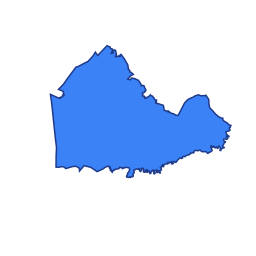 Ayutla de los Libres, Guerrero, Mexico, rotated 137°
{"feature_id": "50627088B87569802470546", "entity_name": "Ayutla de los Libres", "entity_type": "district", "adm_level": 2, "iso_a3": "MEX", "parent_name": "Mexico", "parent_adm1": "Guerrero", "projection": "orthographic", "projection_center": [-99.08, 16.972], "detail": "fine", "context": "isolated", "style": "filled", "palette": "blue", "viewbox_px": 256, "rotation_deg": 137, "n_neighbors": 0, "source": "geoboundaries", "source_scale": "gbopen_adm2", "svg_char_len": 5642}
<svg xmlns="http://www.w3.org/2000/svg" viewBox="0 0 256 256"><g transform="rotate(137 128 128)"><path d="M51.0,59.7L51.8,60.9L52.1,64.4L53.1,67.9L53.1,69.3L52.0,70.4L53.1,72.0L54.0,74.2L54.5,78.5L54.3,83.1L54.5,86.9L52.4,90.4L49.5,93.8L48.7,98.8L49.1,98.8L52.7,101.8L53.8,104.2L57.1,105.8L59.2,106.1L62.9,107.5L65.2,108.0L69.6,107.7L82.7,103.0L84.3,104.8L84.9,107.2L86.3,109.3L87.0,113.0L87.7,112.5L87.7,112.8L88.3,114.3L89.5,116.2L88.4,117.7L86.7,120.5L90.0,126.4L90.5,126.6L90.7,127.4L90.6,127.6L89.9,127.5L89.6,127.7L89.6,127.9L89.9,128.3L89.7,128.5L89.2,128.7L88.5,128.5L88.1,128.8L88.2,129.2L88.5,129.4L89.1,130.9L88.8,131.8L88.4,132.6L88.7,133.6L88.3,134.2L89.1,136.3L89.1,137.0L89.7,136.8L91.2,136.9L96.0,138.1L95.5,138.2L95.2,138.9L94.4,139.3L94.4,140.0L94.8,140.1L95.4,141.7L94.8,142.2L94.2,142.3L94.1,143.2L93.6,143.4L93.5,143.7L92.8,143.6L92.0,143.0L91.4,142.8L91.0,142.9L90.2,143.5L89.9,143.2L89.4,143.2L89.1,143.4L88.6,144.7L88.6,145.3L87.5,148.1L88.0,148.9L88.9,149.7L89.5,149.8L88.5,151.7L87.8,155.9L88.1,156.1L89.1,158.9L89.6,159.3L89.9,160.3L91.1,161.9L91.8,162.0L92.9,161.6L93.6,161.8L94.8,164.0L91.4,164.1L91.0,164.5L87.5,163.6L87.9,167.0L88.6,167.7L88.5,167.9L87.5,169.0L87.4,169.4L87.7,170.9L87.1,171.4L85.1,174.3L83.5,181.2L82.9,186.6L84.2,186.8L84.3,186.2L84.8,185.8L85.1,186.1L85.8,186.2L85.9,186.5L85.9,187.2L86.5,187.2L86.7,187.6L87.1,188.0L88.5,188.4L88.5,188.7L86.0,189.9L85.2,191.7L84.2,193.2L84.6,194.3L84.9,194.6L85.4,194.7L86.0,194.7L86.6,194.4L87.5,193.0L89.2,193.9L87.0,194.9L86.5,195.4L85.6,196.5L85.7,196.8L86.4,197.8L86.3,199.3L85.9,199.4L87.2,202.5L100.6,201.7L100.5,203.2L100.1,205.7L104.8,204.5L112.1,204.0L114.1,204.7L122.3,206.9L124.5,208.0L139.1,205.4L144.9,204.1L152.5,203.6L150.5,199.3L150.6,198.7L151.4,197.7L151.2,197.4L151.3,197.2L151.8,196.7L152.0,196.7L152.2,196.4L153.2,196.6L153.1,196.3L152.5,195.7L152.8,195.4L153.9,195.9L155.2,195.7L155.6,195.9L156.0,195.9L156.0,196.3L156.1,196.5L156.3,196.5L156.6,196.0L157.3,196.0L157.3,196.7L158.0,196.8L158.2,197.3L158.5,197.6L161.8,205.5L167.1,197.9L188.0,170.2L193.6,162.5L200.0,156.2L207.3,148.5L206.3,147.3L204.2,145.7L202.8,145.0L201.4,143.1L201.1,140.7L194.6,137.5L192.0,135.2L191.0,131.8L192.8,129.6L185.8,130.4L182.1,124.7L180.3,117.1L174.1,115.1L171.9,114.9L170.0,114.3L169.2,114.2L168.6,113.6L168.4,113.3L168.6,112.9L168.2,112.7L168.1,112.1L167.6,111.7L168.0,111.3L168.7,111.3L168.9,111.1L168.9,110.7L168.8,110.2L169.1,109.9L168.8,109.5L169.3,109.4L169.0,109.1L169.0,108.7L169.4,108.8L169.6,108.6L169.5,108.4L169.6,108.2L169.4,107.9L169.7,107.2L169.7,106.5L169.1,106.9L168.6,106.8L168.3,107.2L167.1,106.6L166.3,106.9L166.2,106.8L166.3,106.5L165.0,106.3L163.0,104.8L162.4,104.5L162.1,104.7L161.1,104.8L161.2,104.6L160.7,104.6L159.8,103.3L159.3,103.0L159.3,102.6L159.5,102.4L159.4,102.2L159.5,102.1L158.7,101.9L158.5,101.5L158.3,101.6L157.4,101.4L157.2,101.2L156.4,100.5L154.6,98.7L154.6,97.4L155.3,96.4L156.9,95.5L159.2,95.2L160.0,94.2L161.1,94.1L162.3,93.4L162.4,93.0L161.4,91.5L161.0,91.2L160.1,91.1L159.8,90.1L158.8,90.2L158.5,90.0L158.2,89.4L157.1,89.2L156.6,89.6L156.5,90.2L156.1,90.8L155.5,90.9L154.8,90.8L154.2,91.3L153.7,91.3L153.5,91.6L153.1,92.8L152.6,93.2L151.7,92.6L150.2,92.6L149.9,92.5L148.7,90.9L148.0,91.0L147.7,90.7L147.8,90.2L148.2,89.8L148.4,89.4L148.7,88.1L148.6,87.7L148.0,87.7L147.0,88.3L146.8,87.9L146.3,87.9L146.3,88.9L146.0,89.3L145.2,89.1L144.7,88.6L144.5,87.8L144.9,86.7L145.4,86.2L146.6,85.6L146.6,85.3L146.2,84.5L145.2,83.9L144.6,84.7L144.1,84.2L143.7,84.4L143.3,85.0L142.9,85.0L142.6,84.7L142.6,84.4L142.9,83.9L143.3,83.5L144.1,83.3L144.3,82.7L144.0,82.5L143.4,82.3L142.2,82.6L141.9,82.5L142.1,81.6L142.8,80.6L143.0,79.6L142.0,79.4L140.7,80.4L138.8,80.5L138.8,80.1L139.1,79.6L139.1,78.8L140.1,76.9L140.1,76.5L139.3,76.3L139.0,76.5L138.1,79.0L137.9,79.2L137.0,78.3L135.5,77.8L135.6,77.5L136.1,76.9L136.9,76.7L137.2,76.5L137.3,75.9L137.1,75.6L136.4,75.4L136.0,75.4L135.2,76.1L134.6,75.8L134.5,75.3L135.2,74.7L135.6,74.1L135.4,73.2L135.0,73.1L134.8,73.2L134.5,74.2L133.7,74.9L132.2,74.6L131.2,76.0L131.4,76.9L131.2,77.1L129.0,76.4L128.6,75.6L128.2,75.5L127.9,76.2L128.4,76.8L128.6,77.5L127.7,77.6L126.9,76.4L125.4,76.2L123.8,75.6L123.7,75.5L123.9,75.0L123.4,74.6L123.1,74.6L122.4,75.3L121.9,75.6L121.6,74.5L121.2,73.9L119.4,74.1L119.3,73.9L119.9,73.1L120.4,71.7L120.2,71.5L119.3,71.2L119.1,71.2L119.0,72.0L118.7,72.3L117.5,72.5L117.2,72.4L117.3,71.5L117.2,71.2L116.4,70.2L115.9,70.6L114.9,70.3L113.5,70.8L112.2,70.6L111.0,70.8L110.3,70.5L109.8,69.4L109.5,69.1L108.5,68.9L108.1,69.6L107.3,69.8L105.6,68.0L104.2,68.2L103.6,68.1L102.4,67.1L100.9,66.6L100.4,66.6L99.8,67.0L99.4,67.0L98.8,66.3L97.9,65.9L96.8,65.1L96.4,65.2L96.1,65.7L94.9,66.0L94.5,66.0L93.1,64.6L92.6,63.9L91.8,63.3L91.0,63.2L90.3,62.6L90.1,61.9L90.3,61.2L90.3,60.7L88.6,58.7L87.7,58.2L87.1,57.5L87.1,55.4L86.8,54.9L85.4,54.9L84.5,54.4L82.2,54.0L81.3,54.9L81.1,55.9L80.6,57.4L80.0,58.1L79.7,58.3L79.4,58.3L79.1,57.6L79.4,56.8L79.3,56.3L78.7,56.0L78.0,56.2L77.6,56.1L77.6,55.8L78.1,55.0L77.8,54.0L77.5,53.9L76.8,53.8L76.1,53.5L76.5,52.2L76.4,52.1L76.0,51.8L75.0,52.6L73.7,52.8L73.8,51.0L74.3,50.5L74.5,49.8L75.9,49.1L76.0,48.8L75.6,48.3L74.3,49.0L72.4,48.7L71.2,48.0L70.9,48.1L71.3,49.4L71.3,49.9L70.9,50.4L70.7,50.5L69.5,50.7L68.0,51.4L67.5,51.4L66.6,51.2L66.3,51.4L66.1,51.7L66.7,53.1L66.5,53.7L65.7,54.6L65.3,54.5L64.6,54.0L63.6,52.4L63.1,52.3L62.1,52.5L62.1,54.2L61.7,54.8L61.2,54.9L60.7,54.3L60.5,53.0L60.1,52.8L59.9,52.9L59.8,53.2L60.2,55.4L60.1,56.4L59.7,57.4L59.0,58.3L58.5,58.3L56.2,57.0L55.0,56.8L54.7,57.0L54.5,57.4L54.4,58.4L54.1,58.8L53.7,58.9L52.8,58.7L51.6,59.5L51.0,59.7Z" fill="#3b82f6" stroke="#1e3a8a" stroke-width="1.5"/></g></svg>